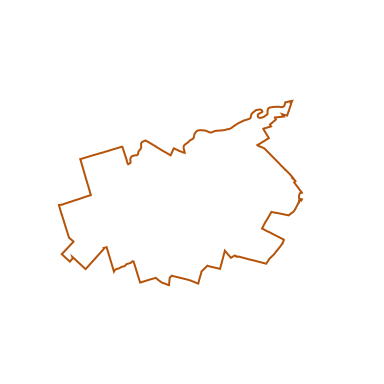 Izvoarele, Giurgiu, Romania (orthographic projection), rotated 44°
{"feature_id": "2599482B10041458655839", "entity_name": "Izvoarele", "entity_type": "district", "adm_level": 2, "iso_a3": "ROU", "parent_name": "Romania", "parent_adm1": "Giurgiu", "projection": "orthographic", "projection_center": [25.808, 44.04], "detail": "fine", "context": "isolated", "style": "outline", "palette": "amber", "viewbox_px": 384, "rotation_deg": 44, "n_neighbors": 0, "source": "geoboundaries", "source_scale": "gbopen_adm2", "svg_char_len": 5860}
<svg xmlns="http://www.w3.org/2000/svg" viewBox="0 0 384 384"><g transform="rotate(44 192 192)"><path d="M152.5,326.9L152.3,322.6L150.9,321.8L169.0,321.4L168.9,317.5L168.1,294.2L167.3,293.7L168.9,291.0L191.2,303.5L190.7,301.4L191.5,299.3L192.6,297.6L193.2,295.2L195.1,291.9L195.0,289.4L197.1,285.7L197.3,283.2L197.9,283.0L198.2,282.8L198.3,282.6L217.6,293.2L219.2,290.3L220.2,288.4L222.6,284.1L225.6,278.9L228.2,278.7L229.7,278.7L230.4,278.5L231.4,278.4L233.6,278.0L234.2,277.8L236.3,276.6L239.4,275.5L239.7,275.3L240.0,275.1L240.2,274.9L238.8,273.3L235.5,269.1L235.6,266.2L236.0,266.1L237.9,265.0L249.0,258.5L252.6,256.6L258.9,254.1L260.1,253.5L257.8,249.5L254.9,243.9L254.3,243.1L254.0,242.4L254.0,242.0L254.1,241.3L254.3,234.3L254.7,234.2L258.2,232.2L260.7,230.7L262.7,229.5L265.6,227.8L264.0,225.0L263.4,224.0L263.0,223.0L261.7,220.8L257.6,213.5L256.9,212.2L256.4,211.4L260.2,211.8L261.1,211.9L263.6,212.1L265.0,212.2L265.7,212.3L265.8,212.1L266.6,208.8L266.8,208.2L267.6,207.6L267.9,207.5L268.0,207.5L268.2,207.9L268.3,207.9L268.7,207.6L269.9,207.0L270.1,206.3L270.3,206.1L273.2,204.5L275.3,203.3L279.4,201.1L284.9,197.8L294.0,192.7L295.2,192.0L294.3,187.5L294.2,187.1L294.1,186.1L294.3,179.7L293.9,176.4L293.7,173.5L293.0,167.1L292.9,166.2L292.7,166.2L292.4,165.2L291.3,162.5L291.1,162.5L278.3,166.4L277.3,166.6L276.0,167.0L273.3,168.0L267.8,169.6L266.4,165.2L265.5,161.8L265.3,160.5L263.0,151.1L265.7,149.5L268.2,147.7L270.9,146.0L274.4,143.8L277.2,142.0L277.4,141.7L277.5,141.5L277.8,141.5L277.9,140.7L278.2,138.1L278.7,136.1L278.5,134.1L278.3,133.3L278.2,133.2L278.1,132.9L278.1,132.5L277.8,131.4L276.5,127.1L276.4,126.9L276.2,126.7L276.3,126.6L276.4,126.2L276.4,125.8L276.4,125.6L276.1,125.0L276.0,124.6L275.9,124.5L275.6,124.6L275.3,124.4L275.1,124.1L275.0,123.8L274.8,123.4L275.2,123.1L276.6,122.3L276.2,120.9L274.9,121.6L273.9,122.3L273.7,122.3L272.4,121.2L271.6,120.3L271.2,119.7L270.9,118.8L270.5,117.9L270.6,117.6L271.3,116.6L271.6,116.2L271.1,116.0L268.1,115.7L265.8,115.2L262.3,114.7L260.5,114.4L258.8,114.2L258.9,112.3L257.5,112.1L257.2,112.1L256.7,112.2L256.0,112.2L254.4,112.3L254.4,112.2L254.5,111.9L255.2,111.8L255.2,111.7L250.1,111.2L243.9,111.1L243.8,111.3L243.4,111.3L243.2,111.3L242.8,111.1L241.7,111.1L237.2,111.1L235.2,110.9L231.8,110.8L213.8,110.4L212.0,111.0L208.5,112.4L207.3,112.8L206.9,113.0L206.6,113.0L206.4,112.9L206.5,112.7L207.6,108.8L207.9,107.3L208.6,104.8L209.0,103.0L209.9,99.9L209.4,99.7L208.1,99.4L207.5,99.2L206.5,99.0L205.2,98.6L204.7,98.5L201.1,97.5L199.6,97.2L199.4,97.1L199.4,96.8L199.6,96.4L200.1,95.6L202.1,92.1L203.0,90.5L203.3,89.9L201.2,89.4L202.0,81.9L202.0,81.6L201.7,81.4L199.9,81.0L199.8,80.9L200.7,79.8L202.2,78.1L202.8,77.3L203.3,76.8L205.5,74.1L205.3,74.1L203.7,73.8L202.7,73.5L203.6,73.1L207.3,71.0L204.8,65.4L202.9,61.7L202.8,61.3L202.1,59.8L202.0,59.7L201.9,59.7L201.6,59.7L201.3,59.6L201.5,59.2L201.5,58.7L200.8,57.2L200.7,56.9L200.2,57.6L198.7,59.8L197.3,62.0L196.8,62.7L197.1,63.1L197.5,63.7L197.9,64.6L198.5,65.8L198.5,66.5L198.4,67.4L197.6,68.7L195.1,70.5L194.0,71.6L192.6,73.0L190.0,76.2L189.5,76.9L189.2,77.4L188.9,78.5L189.1,79.7L189.9,81.1L191.3,82.5L192.3,83.8L192.1,84.6L191.8,85.9L191.7,86.9L191.5,87.9L190.9,89.4L190.0,90.8L189.5,91.3L189.1,91.7L188.5,92.0L187.8,92.2L187.2,92.0L186.4,91.5L185.7,90.6L185.6,90.4L185.6,90.1L186.0,88.4L186.6,86.9L186.8,86.1L186.9,85.5L186.7,85.2L185.9,84.8L185.0,84.8L184.4,85.0L183.6,85.3L181.6,88.0L181.4,88.5L181.2,88.7L180.8,91.6L180.6,93.0L180.7,94.5L180.8,95.0L181.9,96.9L182.5,97.8L182.7,98.5L182.5,99.1L182.1,100.2L180.1,103.8L179.7,104.5L177.5,110.4L176.5,114.6L175.8,118.8L175.1,120.6L173.5,122.9L172.5,124.7L170.4,127.2L170.0,127.8L169.5,128.3L167.3,130.7L166.5,131.7L166.2,132.1L165.8,132.9L165.5,133.6L165.3,134.1L164.9,135.2L164.3,136.1L163.5,136.7L162.3,137.2L160.1,138.0L159.0,138.6L157.9,139.3L156.4,140.5L155.3,141.5L153.7,143.4L153.1,144.7L153.2,146.9L153.3,148.0L153.8,149.0L154.4,150.0L155.3,151.4L155.5,151.9L155.7,152.5L155.7,152.8L155.6,153.1L155.3,154.3L154.9,155.5L154.7,156.4L154.7,157.9L154.7,158.7L154.6,159.6L154.2,161.4L154.0,162.9L154.0,163.9L154.2,164.7L154.8,165.6L155.6,166.3L156.5,166.9L158.7,168.2L159.5,168.9L159.0,169.1L158.6,169.5L158.2,169.7L156.0,170.5L154.5,171.3L153.0,171.7L151.2,172.3L150.6,172.6L149.5,172.9L148.8,173.1L148.6,173.2L148.5,173.3L148.6,173.5L149.7,176.4L151.1,180.5L144.5,182.1L142.4,182.7L139.5,183.3L137.4,183.8L136.3,184.0L135.3,184.4L134.6,184.3L132.7,184.8L131.7,185.0L128.0,185.9L125.6,186.4L124.6,186.8L122.8,187.2L122.7,187.3L122.4,188.2L122.2,188.6L121.4,190.5L121.4,191.0L121.5,191.8L121.8,192.6L122.1,193.0L124.0,194.7L124.4,195.2L124.7,195.7L124.9,196.2L125.2,197.1L125.2,197.9L125.2,198.6L125.3,199.2L125.4,199.9L125.7,200.6L126.8,202.2L127.0,202.8L126.9,203.3L126.8,203.6L126.4,204.4L125.7,205.1L124.5,206.7L124.1,207.7L123.9,208.7L124.0,209.1L124.2,210.1L124.6,210.8L124.9,211.3L125.7,212.1L126.9,213.0L127.3,213.3L127.4,213.6L127.4,213.8L127.4,214.3L126.8,216.4L126.1,216.3L123.6,215.0L122.2,214.0L120.9,213.4L118.2,211.9L115.3,210.4L110.6,207.9L110.3,207.9L110.2,208.0L103.8,219.4L103.5,220.0L103.2,220.7L101.9,222.8L99.9,226.5L99.5,226.9L99.4,227.2L95.8,233.5L95.3,234.2L95.0,234.9L88.8,246.0L89.3,246.2L92.5,248.0L93.0,248.4L93.4,248.6L94.5,249.2L101.9,253.4L103.2,254.2L104.3,254.8L111.5,258.9L112.9,259.6L116.1,261.5L117.3,262.1L118.8,263.1L120.8,264.1L121.4,264.5L121.1,265.1L119.4,268.1L118.6,269.5L118.4,270.1L116.3,274.1L115.8,275.3L113.0,280.3L111.5,283.4L110.5,285.1L109.5,287.1L108.1,289.7L108.0,290.1L107.7,290.9L107.6,291.1L107.0,291.7L105.3,293.8L113.4,298.5L114.0,298.7L114.4,298.7L114.6,298.8L114.8,299.1L116.0,299.8L118.2,301.0L119.9,301.9L127.5,306.1L130.6,307.7L132.8,309.0L135.4,310.3L137.2,310.2L138.7,310.1L140.4,310.0L141.2,309.9L141.3,310.0L141.4,319.4L141.5,324.9L141.5,327.2L152.5,326.9Z" fill="none" stroke="#b45309" stroke-width="2"/></g></svg>